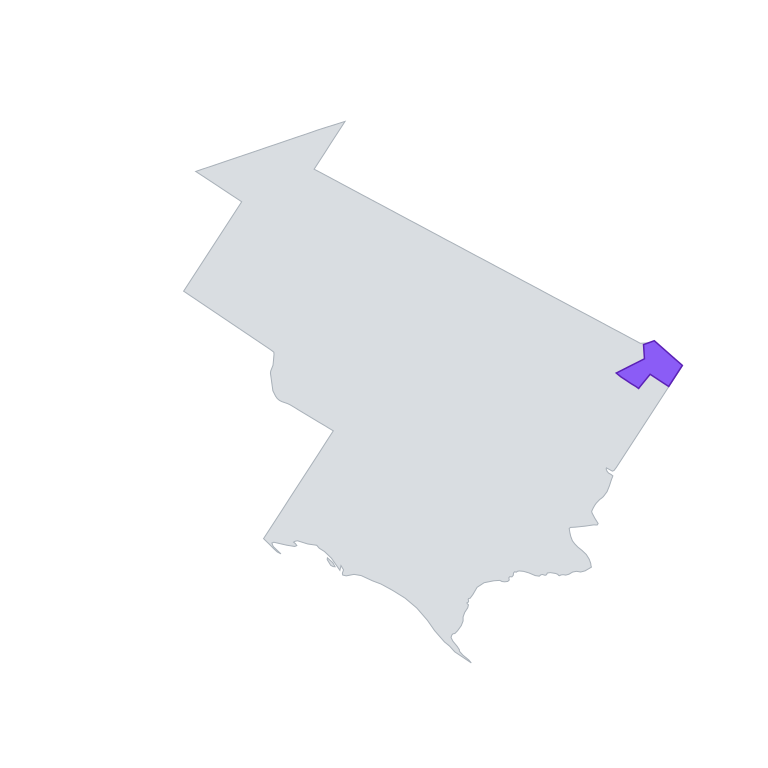 location of Basseknou, Hodh ech Chargui, Mauritania, rotated 303°
{"feature_id": "47542326B79518958456259", "entity_name": "Basseknou", "entity_type": "district", "adm_level": 2, "iso_a3": "MRT", "parent_name": "Mauritania", "parent_adm1": "Hodh ech Chargui", "projection": "equal_earth", "projection_center": [-6.334, 16.078], "detail": "fine", "context": "in_parent", "style": "filled", "palette": "violet", "viewbox_px": 768, "rotation_deg": 303, "n_neighbors": 0, "source": "geoboundaries", "source_scale": "gbopen_adm2", "svg_char_len": 3630}
<svg xmlns="http://www.w3.org/2000/svg" viewBox="0 0 768 768"><g transform="rotate(303 384 384)"><path d="M337.6,654.8L336.9,654.5L333.4,651.3L331.8,647.5L329.0,644.6L325.2,642.7L322.7,640.5L321.6,638.0L320.2,636.4L318.7,635.5L318.6,634.7L319.0,633.4L318.6,631.2L316.4,626.2L314.4,623.9L312.6,624.2L311.6,623.6L311.0,622.5L310.7,620.9L309.5,619.5L307.4,618.9L305.7,615.2L304.5,608.4L302.9,603.1L300.9,599.3L299.5,597.8L298.4,597.6L298.0,597.0L297.8,595.9L296.2,595.5L293.9,596.6L291.9,596.3L290.9,594.4L289.5,594.2L287.8,595.8L285.8,595.3L283.8,592.9L282.6,590.5L282.4,588.1L278.8,583.3L271.9,576.2L264.2,572.8L255.9,573.2L251.2,572.9L250.2,571.8L249.2,571.9L248.1,573.2L247.0,573.5L245.9,572.7L245.1,573.3L244.8,575.1L241.9,576.1L236.3,576.1L231.7,577.2L228.3,579.4L223.4,580.4L217.1,580.1L213.3,579.3L212.1,577.9L210.3,577.6L207.9,578.3L205.8,581.9L203.8,588.3L202.2,591.9L201.0,592.8L199.6,597.6L198.7,605.6L197.6,609.1L197.9,589.2L199.9,581.7L200.6,575.2L204.7,560.8L209.5,549.0L214.0,533.4L215.9,518.3L215.6,503.5L214.6,490.4L212.7,481.7L210.9,469.2L208.0,462.5L202.5,456.8L201.3,453.4L202.7,452.1L206.1,451.3L208.3,446.8L203.7,448.5L209.3,434.7L211.1,425.3L211.0,419.2L212.1,415.4L208.3,407.2L205.4,396.8L203.8,395.2L202.1,394.3L201.9,396.7L201.0,398.9L199.1,397.6L195.8,390.1L191.3,377.8L189.6,376.6L188.2,378.3L187.3,379.9L185.4,390.1L185.0,386.0L185.8,381.2L187.1,375.4L188.7,367.2L192.8,367.2L200.3,367.2L215.2,367.2L222.7,367.2L237.6,367.1L245.1,367.1L260.0,367.1L267.4,367.1L282.4,367.1L289.8,367.1L304.7,367.0L312.2,367.0L317.1,367.0L316.9,361.2L316.8,356.6L316.5,350.4L316.3,344.3L316.1,338.2L315.9,332.4L315.7,326.6L315.6,321.3L315.4,316.4L315.0,313.6L313.6,308.0L313.3,305.2L313.7,302.3L314.8,299.6L317.8,294.5L322.3,290.6L327.4,286.2L331.3,282.8L333.3,281.9L339.3,280.7L344.1,278.2L348.8,275.7L350.7,274.3L351.0,269.5L352.7,165.4L375.3,165.4L381.3,165.4L423.0,165.4L429.0,165.4L459.3,165.4L459.4,160.5L459.4,153.5L459.5,143.9L459.6,134.3L459.7,117.4L459.7,110.3L465.7,115.0L477.6,124.5L483.6,129.2L495.5,138.6L507.5,148.1L519.5,157.5L525.5,162.3L531.5,167.0L537.5,171.7L543.6,176.5L555.6,186.0L560.7,189.9L568.5,196.3L575.7,202.3L583.0,208.3L571.8,208.3L556.8,208.3L546.5,208.4L536.0,208.4L526.1,208.4L527.0,218.2L527.9,228.9L528.8,239.6L529.7,250.3L530.6,261.1L533.4,293.4L534.3,304.2L535.2,315.0L536.2,325.8L537.1,336.6L538.9,358.3L539.9,369.1L540.8,380.0L541.7,390.9L542.7,401.7L543.6,412.6L545.5,434.4L546.4,445.3L547.4,456.3L548.3,467.2L549.2,478.2L550.2,489.1L551.1,500.1L552.1,511.0L554.0,533.0L554.9,544.0L555.9,555.0L556.8,566.0L557.7,576.7L561.7,582.3L566.6,589.3L565.2,599.3L563.5,611.2L561.6,624.3L547.9,624.3L534.4,624.3L500.7,624.3L494.0,624.3L460.3,624.3L453.5,624.3L440.5,624.3L436.7,624.0L435.3,623.0L434.8,616.2L433.7,616.6L432.3,618.6L431.6,620.8L431.8,623.6L431.6,626.0L427.3,626.9L421.4,628.5L415.2,629.7L409.0,629.3L406.9,628.7L404.6,627.8L399.7,626.9L397.0,626.8L393.9,627.0L390.3,627.5L389.1,628.8L386.3,633.8L383.6,639.6L381.9,639.6L379.9,636.4L374.6,630.4L368.2,622.5L365.3,618.5L363.7,618.0L360.6,620.8L357.9,623.6L355.1,627.4L353.8,631.1L352.8,635.4L352.3,640.6L351.2,646.5L348.9,651.4L346.2,655.0L344.2,656.7L343.4,657.7L337.6,654.8ZM206.3,438.3L204.1,442.5L203.2,440.9L202.9,438.1L204.8,434.1L205.8,432.0L207.4,431.2L206.3,438.3Z" fill="#d9dde1" stroke="#a8b0b8" stroke-width="1"/><path d="M537.0,624.1L562.1,624.1L564.2,609.3L567.5,587.1L558.4,580.2L547.0,588.7L534.3,581.3L519.7,572.8L519.0,578.9L519.0,584.9L518.9,589.3L518.9,591.5L519.1,596.5L519.0,598.7L518.9,600.0L521.6,600.2L537.1,601.9L537.0,617.0L537.0,624.1Z" fill="#8b5cf6" stroke="#5b21b6" stroke-width="1.5"/></g></svg>